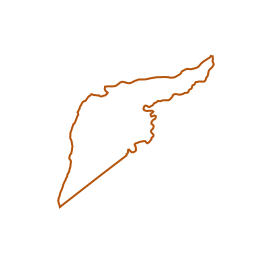 outline of Taquarussu, Mato Grosso do Sul, Brazil, rotated 204°
{"feature_id": "56859067B62944394894072", "entity_name": "Taquarussu", "entity_type": "district", "adm_level": 2, "iso_a3": "BRA", "parent_name": "Brazil", "parent_adm1": "Mato Grosso do Sul", "projection": "mercator", "projection_center": [-53.459, -22.669], "detail": "fine", "context": "isolated", "style": "outline", "palette": "amber", "viewbox_px": 256, "rotation_deg": 204, "n_neighbors": 0, "source": "geoboundaries", "source_scale": "gbopen_adm2", "svg_char_len": 3928}
<svg xmlns="http://www.w3.org/2000/svg" viewBox="0 0 256 256"><g transform="rotate(204 128 128)"><path d="M165.8,156.4L165.2,154.4L164.4,153.4L163.5,152.7L162.5,152.5L160.9,152.0L161.1,150.6L161.6,149.9L161.8,148.8L162.6,148.1L163.7,147.4L164.3,146.6L165.0,146.1L165.8,145.8L167.1,145.6L168.0,146.0L168.9,145.5L170.0,145.0L171.1,144.9L171.8,144.5L172.5,144.2L173.4,144.2L175.2,144.0L175.6,142.7L176.0,141.8L176.8,140.9L177.2,139.0L177.6,137.3L177.6,136.3L178.0,135.5L178.7,134.9L179.3,134.2L179.9,133.2L180.2,131.8L180.1,130.5L180.3,129.3L180.4,128.1L180.5,127.1L180.0,125.8L180.3,124.6L180.2,123.1L180.5,121.9L179.5,121.0L178.8,119.8L179.0,118.8L179.1,117.7L179.0,116.6L178.9,115.2L178.8,114.0L178.8,113.0L178.7,112.1L178.7,111.0L178.9,110.1L179.5,109.3L179.3,108.3L179.2,106.6L179.1,105.2L179.0,104.3L178.7,102.3L178.7,101.1L178.4,99.4L177.8,98.2L177.4,97.2L177.1,96.1L176.5,95.1L175.1,93.9L174.2,93.1L173.8,92.3L172.9,91.1L172.3,90.0L171.7,89.4L171.2,88.4L170.8,86.7L170.3,85.3L170.0,83.8L169.7,82.6L169.5,81.6L169.9,80.4L169.9,79.5L169.8,78.3L169.6,76.9L168.8,75.9L167.8,75.4L166.7,74.6L166.1,73.1L165.7,71.5L165.2,70.0L164.9,69.2L164.7,68.1L164.6,66.3L164.2,65.0L164.1,63.6L164.3,62.3L164.4,61.2L164.2,60.2L163.9,58.9L164.0,57.7L164.1,56.4L163.9,54.8L164.1,52.2L164.1,50.5L164.0,48.9L163.6,47.5L163.6,46.0L163.5,44.4L163.5,43.2L163.5,42.2L163.4,40.9L163.3,39.8L162.9,38.6L162.8,37.3L162.8,35.6L162.4,34.5L162.2,33.5L161.6,32.3L160.9,31.5L160.2,30.7L159.4,29.8L158.7,29.1L158.1,28.1L134.8,71.8L118.2,102.3L118.7,103.6L118.2,104.5L118.0,105.4L118.5,106.8L119.0,108.2L118.3,108.7L117.3,108.3L116.6,107.9L115.7,107.6L114.5,107.4L113.5,107.8L112.5,108.9L111.8,110.0L111.7,111.0L112.0,111.8L112.6,112.6L113.3,113.9L114.6,114.9L115.2,115.5L115.1,116.7L114.4,117.3L113.4,118.2L112.8,118.9L111.8,120.0L110.6,120.8L109.3,121.7L108.1,122.5L106.7,123.0L105.3,122.1L104.1,121.9L103.5,122.7L102.8,124.1L102.5,125.1L102.4,126.1L102.0,127.1L102.5,128.2L102.2,129.3L101.6,130.3L101.5,131.3L102.1,132.3L103.3,132.8L104.7,133.3L105.5,134.1L105.8,134.9L105.6,136.0L105.1,137.0L104.9,138.0L105.0,139.1L105.4,140.3L106.3,140.9L107.3,141.1L108.2,141.3L108.8,142.3L108.9,143.7L108.5,145.2L108.0,146.2L107.3,146.8L107.0,147.6L106.9,148.8L107.4,150.1L108.6,150.3L109.6,149.6L110.5,148.6L111.3,148.0L112.5,148.9L113.0,150.0L112.5,151.1L111.9,151.8L111.5,153.2L113.0,153.6L114.4,152.9L115.9,152.2L116.9,151.7L117.5,151.3L118.7,151.0L120.0,150.9L120.8,151.0L121.7,151.8L121.8,153.1L122.0,154.3L121.3,155.5L120.1,155.9L119.2,155.9L118.3,155.6L117.1,155.7L116.4,156.5L115.8,157.5L114.8,158.5L114.4,159.8L114.3,161.2L112.7,162.8L112.1,164.0L111.6,164.9L110.5,165.2L109.3,165.6L108.2,166.9L107.1,167.6L106.3,168.0L104.5,168.8L102.9,169.5L101.9,170.2L101.1,171.8L100.6,173.3L100.2,174.6L100.3,175.5L100.2,176.7L99.5,177.6L98.5,178.2L97.6,178.6L96.2,179.0L95.2,179.1L94.4,179.4L93.1,180.3L92.2,180.9L91.3,181.8L90.6,183.0L89.6,183.6L88.5,184.1L87.5,185.3L87.7,186.8L87.4,188.1L86.8,188.9L86.2,189.5L86.0,190.4L86.2,191.5L86.4,192.4L86.3,193.3L84.9,194.7L85.0,196.4L84.6,197.6L83.6,198.2L82.6,198.9L81.8,199.5L80.2,200.1L79.1,200.6L77.9,201.0L76.9,202.1L76.7,203.2L76.7,204.2L77.0,205.2L76.7,206.3L76.5,207.4L76.5,208.3L76.6,209.5L77.0,210.8L77.4,212.7L77.4,213.7L77.0,215.2L76.3,216.5L75.9,217.8L75.6,219.5L75.5,220.9L76.1,221.6L77.1,222.6L78.1,223.6L78.3,225.1L79.8,227.9L81.6,227.6L81.6,226.5L82.1,225.5L83.2,223.9L86.4,218.9L87.5,216.5L88.1,214.0L88.9,212.1L90.3,210.5L93.9,207.6L95.3,206.9L97.8,206.2L99.0,205.2L99.7,204.4L101.8,201.6L101.9,199.6L102.2,198.5L105.6,193.8L107.0,192.6L108.8,191.6L110.0,191.1L112.0,190.8L114.3,189.8L115.2,189.5L117.6,188.3L122.7,185.9L126.5,183.4L132.0,179.4L137.9,176.7L139.8,174.8L140.6,174.2L143.0,171.2L143.8,170.3L144.9,169.5L146.4,168.9L148.9,168.6L151.9,168.0L153.6,166.5L154.5,164.6L156.0,162.0L157.1,160.8L158.2,160.3L159.2,159.6L163.1,158.0L165.8,156.4Z" fill="none" stroke="#b45309" stroke-width="2"/></g></svg>